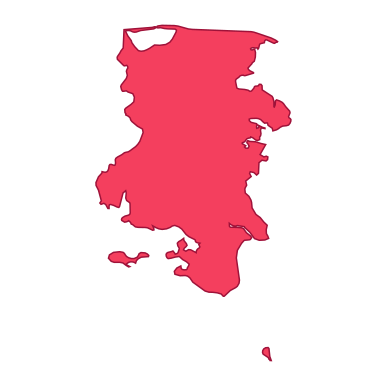 outline of Midtjylland, rotated 92°
{"feature_id": "DNK-3416", "entity_name": "Midtjylland", "entity_type": "Region", "adm_level": 1, "iso_a3": "DNK", "parent_name": "Denmark", "parent_adm1": "", "projection": "albers", "projection_center": [9.543, 56.244], "detail": "fine", "context": "isolated", "style": "filled", "palette": "rose", "viewbox_px": 384, "rotation_deg": 92, "n_neighbors": 0, "source": "natural_earth", "source_scale": "10m", "svg_char_len": 6022}
<svg xmlns="http://www.w3.org/2000/svg" viewBox="0 0 384 384"><g transform="rotate(92 192 192)"><path d="M32.1,265.6L28.9,237.7L28.5,236.0L28.2,235.6L28.2,234.0L28.5,233.7L29.1,233.9L30.3,235.9L32.4,248.9L34.1,253.4L34.3,255.3L34.0,256.9L33.0,259.2L32.8,261.1L33.1,263.4L33.9,263.9L38.2,261.6L42.8,258.0L44.9,257.3L48.7,254.4L52.6,250.5L53.1,247.8L52.6,244.8L51.3,241.9L49.8,239.3L46.4,234.6L46.5,229.4L45.5,223.3L43.1,219.4L39.9,217.0L32.7,213.5L30.7,213.2L29.8,214.6L29.8,221.8L29.6,225.2L28.9,229.1L29.2,231.9L28.9,233.0L27.5,232.5L27.2,231.6L26.5,227.8L26.3,215.5L26.7,211.7L29.2,201.2L29.5,197.2L29.7,138.6L30.1,135.8L30.9,132.9L35.3,118.3L37.3,113.8L38.7,111.7L39.3,112.1L39.6,113.6L40.5,114.5L40.4,115.7L37.4,122.6L37.4,123.8L38.6,124.7L40.3,124.9L41.4,128.9L42.1,129.6L45.9,130.4L46.9,131.1L45.6,131.9L45.9,133.5L45.6,136.2L46.1,137.8L46.9,138.5L47.7,138.1L48.0,136.9L47.4,135.5L47.4,134.3L50.4,133.4L54.9,133.4L59.1,134.3L60.8,136.3L61.7,136.6L66.2,140.4L67.5,139.9L68.8,138.4L70.5,134.7L71.1,134.7L73.8,142.7L73.9,144.0L73.5,144.7L73.6,146.3L74.2,147.9L75.7,149.2L77.5,151.6L78.6,152.3L80.2,152.3L86.5,150.8L87.0,149.9L87.4,148.6L87.7,142.9L88.3,139.5L89.4,137.6L89.0,136.1L86.1,133.8L84.5,133.2L84.0,132.4L83.9,130.9L83.5,129.4L82.0,128.5L82.0,126.8L83.3,125.7L87.5,125.4L93.6,115.3L95.0,114.4L98.9,113.3L104.0,113.1L104.2,112.7L102.0,111.9L97.9,111.7L97.0,110.7L97.9,107.7L99.2,105.1L100.4,103.7L103.3,101.5L107.8,97.2L109.5,96.8L113.2,98.1L114.3,97.8L115.3,96.3L116.1,95.7L117.7,95.7L119.8,96.4L121.7,97.8L122.4,99.8L123.0,103.8L124.3,106.2L125.7,107.8L126.9,109.7L128.1,113.3L125.5,114.0L122.7,118.3L120.4,119.0L120.4,120.2L120.7,121.8L119.7,123.2L117.2,125.9L116.3,128.3L116.1,130.4L116.5,135.8L117.2,137.4L118.7,137.2L120.3,135.4L121.5,129.8L122.9,129.5L124.6,129.8L126.1,129.5L125.5,127.9L124.8,127.3L123.9,127.5L122.9,128.2L125.0,123.6L125.5,121.3L126.1,121.3L125.5,125.1L128.0,125.7L131.3,125.1L133.4,125.4L134.6,126.3L137.3,126.2L138.2,128.3L137.9,130.0L135.7,133.1L134.9,135.3L135.9,135.7L136.2,137.5L136.8,138.8L137.7,139.7L140.0,141.1L141.0,143.4L141.9,143.5L143.9,139.9L145.2,141.1L146.3,139.8L146.3,137.6L144.2,136.5L141.3,138.2L141.1,138.7L140.7,138.9L139.7,138.8L138.9,138.3L138.9,137.4L139.2,136.5L139.4,136.5L139.6,130.2L141.1,124.8L142.0,120.0L152.2,125.3L154.4,121.4L153.6,119.0L154.3,117.4L157.0,117.6L158.4,119.1L157.8,123.2L160.4,126.1L171.0,126.2L172.8,128.0L170.4,130.8L169.7,134.5L171.5,135.1L174.5,133.4L179.2,138.7L183.3,137.6L185.8,138.9L187.3,139.3L191.2,138.7L194.3,135.0L198.0,132.8L200.3,132.1L205.8,131.4L212.2,127.3L215.2,122.9L219.5,119.2L222.6,115.7L227.1,116.5L231.0,116.2L233.4,114.7L235.7,113.8L237.4,117.5L237.9,123.1L236.4,127.9L230.2,132.8L225.6,138.1L224.8,138.5L223.9,145.6L224.6,147.5L224.2,149.9L223.1,152.2L222.0,153.6L224.9,153.4L225.9,152.5L225.8,146.1L226.0,141.4L226.9,139.2L230.8,136.2L233.9,132.0L235.5,130.8L237.4,132.0L237.8,133.1L238.4,137.8L238.8,138.4L241.6,140.7L248.7,144.6L256.3,145.4L278.4,141.5L281.5,141.8L284.6,143.4L286.0,145.0L289.1,150.3L295.0,156.1L295.1,157.1L292.9,159.3L291.9,163.2L291.5,167.7L291.5,171.7L290.5,175.5L282.1,188.0L277.8,191.2L276.2,193.5L275.7,195.8L276.1,201.0L274.8,206.2L271.9,206.9L268.5,204.5L266.3,200.6L268.7,200.1L269.7,199.2L270.1,197.1L269.8,194.8L268.9,194.1L267.6,193.9L266.5,193.1L264.2,192.3L261.9,195.1L259.9,198.9L256.9,202.5L257.6,206.4L258.9,210.7L259.4,213.5L258.5,214.7L257.0,215.5L255.4,215.7L254.2,215.3L253.2,213.9L252.3,210.6L251.6,209.0L253.9,207.0L254.7,206.6L254.0,204.8L253.2,203.9L249.3,202.8L248.4,202.9L246.3,204.3L243.7,204.9L242.1,203.6L240.6,201.2L238.6,198.7L240.7,198.4L243.8,195.8L245.5,195.1L246.9,196.1L248.5,197.8L250.1,198.5L251.4,196.1L249.7,193.4L249.8,191.3L252.5,185.7L251.2,185.7L249.9,185.2L248.6,184.2L247.7,182.9L246.6,182.2L244.2,183.4L242.9,182.3L242.6,184.6L242.1,186.0L241.3,186.8L240.0,187.0L239.3,187.9L236.8,193.5L234.6,196.5L229.5,200.8L227.3,204.0L226.0,208.0L226.6,210.4L228.2,212.7L229.7,216.2L230.4,220.5L230.0,223.7L228.9,226.7L227.2,230.1L229.5,229.0L231.2,228.7L231.6,229.9L229.3,235.3L229.1,237.5L229.2,244.7L228.8,247.4L226.5,250.4L226.2,251.6L224.7,252.3L223.6,253.4L222.9,254.4L223.4,254.8L224.1,256.5L224.5,258.3L222.9,261.2L222.0,261.5L220.8,261.2L219.9,260.4L218.4,258.1L217.3,254.5L216.4,253.4L215.2,253.0L206.0,253.5L204.8,253.9L202.8,257.0L200.3,258.0L195.3,257.7L193.0,258.3L195.4,260.9L209.0,263.9L210.0,264.6L209.6,266.4L208.1,269.9L207.3,272.8L207.6,274.1L208.9,274.4L211.4,274.3L211.4,275.5L207.5,277.8L206.4,279.7L207.5,282.5L206.2,283.7L204.0,282.3L193.5,285.5L188.8,288.1L185.9,288.3L180.1,286.0L176.7,283.1L175.8,282.6L174.8,282.6L175.2,280.7L175.3,279.2L174.8,277.8L173.7,276.8L171.6,276.1L168.4,275.7L167.4,275.0L167.2,273.8L168.1,270.7L167.7,269.8L165.8,269.4L162.5,269.8L161.0,269.3L159.6,267.6L157.2,263.5L155.1,260.9L154.6,259.3L154.1,257.2L153.4,256.0L148.6,249.9L146.2,247.8L143.2,245.9L134.3,242.9L130.8,243.7L128.1,248.9L123.7,254.5L122.1,255.8L120.4,256.3L119.5,257.0L118.2,258.8L117.3,260.9L116.1,260.8L115.1,261.7L111.8,262.1L110.5,261.1L106.7,256.1L103.9,253.3L99.2,252.9L95.8,254.6L94.3,259.5L93.2,261.1L93.7,263.9L93.7,265.0L92.2,266.0L89.1,266.9L87.5,266.4L80.8,261.6L77.7,260.7L73.6,261.8L71.5,261.2L70.5,260.5L69.7,260.5L68.8,260.7L67.7,261.6L68.3,263.8L68.1,264.6L62.0,271.2L60.2,271.5L59.1,271.2L55.7,269.0L53.4,267.9L50.5,265.8L32.1,265.6ZM258.7,255.2L259.9,253.1L260.6,250.4L260.5,247.5L259.2,244.7L257.5,243.5L255.5,242.7L254.3,240.9L254.5,236.7L255.5,234.5L256.9,233.0L258.1,233.3L258.9,240.4L260.5,243.3L262.6,245.2L265.1,245.9L264.2,247.6L263.9,249.4L264.0,251.2L264.5,252.8L266.2,255.1L267.3,254.4L268.7,251.6L269.1,252.7L267.7,255.2L265.3,258.6L264.8,261.7L265.0,267.3L264.1,270.3L261.1,273.2L257.7,272.3L255.1,268.4L254.2,262.2L254.7,258.8L255.7,257.4L257.0,256.6L258.7,255.2ZM345.1,113.0L344.8,110.5L345.8,109.6L353.7,108.5L357.7,106.9L357.7,108.1L357.0,108.4L356.5,109.2L354.8,110.0L351.6,115.2L350.0,115.9L348.1,115.8L346.3,114.8L345.1,113.0Z" fill="#f43f5e" stroke="#9f1239" stroke-width="1.5"/></g></svg>